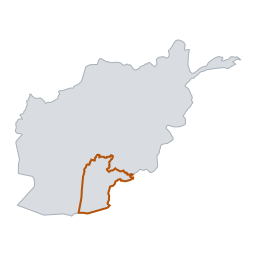 where Kandahar sits in Afghanistan
{"feature_id": "AFG-1754", "entity_name": "Kandahar", "entity_type": "Province", "adm_level": 1, "iso_a3": "AFG", "parent_name": "Afghanistan", "parent_adm1": "", "projection": "orthographic", "projection_center": [66.2, 31.058], "detail": "fine", "context": "in_parent", "style": "outline", "palette": "amber", "viewbox_px": 256, "rotation_deg": 0, "n_neighbors": 0, "source": "natural_earth", "source_scale": "10m", "svg_char_len": 7762}
<svg xmlns="http://www.w3.org/2000/svg" viewBox="0 0 256 256"><path d="M111.4,62.7L116.9,62.2L120.6,62.9L122.6,64.8L124.5,65.3L126.3,64.3L127.5,64.1L128.0,64.7L128.9,65.0L130.3,64.9L131.1,65.4L131.4,66.5L132.5,68.0L134.4,69.7L136.1,70.1L138.3,68.7L139.1,68.8L139.4,68.4L139.6,67.4L140.9,66.4L143.4,65.5L144.8,64.7L145.2,64.0L146.1,63.8L147.0,64.0L147.6,63.7L148.1,62.8L148.9,62.5L149.7,62.6L153.2,65.7L154.5,66.6L155.1,66.5L156.7,64.7L156.9,63.1L156.4,61.0L156.6,59.3L157.7,58.0L159.7,57.1L162.7,56.8L164.5,56.9L165.2,57.5L166.2,57.8L167.3,57.9L168.3,57.1L169.2,55.5L169.2,53.5L168.3,51.2L168.5,50.5L169.9,49.3L171.4,47.5L172.8,45.2L174.2,42.4L175.9,40.6L178.1,39.9L180.7,40.5L183.9,42.5L185.2,45.1L184.6,48.2L184.7,50.0L185.3,50.2L188.8,49.5L189.3,49.9L189.3,50.8L188.9,52.1L188.4,55.8L187.9,65.0L189.7,70.4L190.8,72.5L191.9,73.1L193.0,73.3L194.0,73.1L196.1,71.6L199.2,68.8L202.3,67.1L206.8,65.9L208.1,63.1L210.1,61.1L214.7,58.1L217.3,56.9L218.8,56.6L222.5,57.4L222.8,58.2L222.6,59.1L221.6,59.9L221.3,60.5L221.7,60.9L223.2,61.0L229.4,58.7L230.7,56.9L232.1,56.7L234.8,57.2L236.8,56.9L238.0,57.5L240.6,59.7L239.9,59.9L238.7,59.5L238.0,58.8L235.6,60.0L232.8,61.7L232.9,62.1L235.7,64.1L230.6,66.9L228.3,68.5L227.7,68.6L224.0,67.5L214.1,68.6L206.5,69.8L203.6,71.2L200.9,71.9L199.5,72.7L198.6,74.0L194.6,77.1L193.9,78.2L191.5,78.2L189.2,81.1L185.8,84.5L185.1,86.1L185.7,86.9L187.7,88.0L188.6,89.1L190.1,92.2L190.8,94.4L191.7,95.4L192.3,98.0L191.5,99.6L191.5,100.3L192.8,102.3L192.6,103.0L191.7,104.0L190.4,106.6L188.0,108.7L187.0,110.4L185.3,112.4L184.6,114.0L183.9,114.9L183.1,115.4L183.4,116.2L184.1,117.3L185.3,118.4L185.5,123.2L184.9,124.6L181.7,126.1L178.7,126.8L174.8,126.9L173.4,126.8L168.0,125.2L166.4,126.2L166.1,128.3L169.3,131.6L170.6,133.5L172.1,136.6L173.2,138.3L172.9,139.8L167.5,143.4L164.0,143.9L161.8,144.5L160.8,145.4L160.1,149.1L159.3,150.4L159.4,152.0L158.7,153.8L157.6,155.0L156.9,156.9L157.8,166.5L154.7,170.4L152.9,171.8L151.2,172.5L149.7,172.3L147.9,170.2L146.6,169.4L145.4,169.5L144.1,170.3L142.1,170.1L140.3,169.4L139.5,169.5L139.0,170.3L137.1,172.0L132.6,174.5L130.7,174.7L130.0,175.4L130.3,176.4L131.1,177.2L132.5,177.8L132.6,178.5L130.3,179.8L127.9,180.7L125.2,181.0L122.4,180.6L120.9,179.5L119.2,179.4L117.6,180.2L116.0,181.5L113.8,184.9L110.5,187.0L109.7,189.1L108.7,192.9L109.0,198.5L108.6,200.9L107.9,202.6L108.0,203.8L109.1,205.3L108.7,206.2L107.7,207.3L106.8,207.9L88.6,213.1L85.6,213.2L84.1,213.0L78.9,212.9L76.8,213.2L74.6,213.9L73.0,214.8L71.8,216.1L69.6,215.3L62.9,213.9L44.5,215.1L42.7,214.7L17.4,205.2L33.9,187.1L34.4,185.6L34.6,182.5L33.8,178.3L32.3,176.4L18.6,173.6L18.2,170.4L18.5,168.9L18.4,166.2L18.5,164.1L19.3,160.6L19.4,159.0L15.9,143.2L16.0,141.6L18.7,138.2L22.1,134.8L21.9,134.2L20.3,133.7L17.9,133.5L16.6,132.9L15.7,131.9L15.4,130.5L16.2,128.0L15.8,123.1L18.5,119.1L22.4,119.1L20.6,116.0L20.2,115.6L20.0,115.1L20.3,114.6L21.3,114.5L23.8,112.7L23.9,111.6L26.0,108.9L25.9,107.6L27.3,104.3L26.8,102.1L26.7,100.8L28.2,100.1L29.2,97.1L29.8,96.3L29.9,95.6L29.6,94.3L30.9,94.1L32.0,95.8L33.9,97.6L35.1,98.1L36.6,98.4L40.1,98.0L40.8,98.1L44.3,101.2L44.9,102.0L45.1,103.2L45.7,103.6L47.0,102.5L48.2,102.1L50.5,102.5L51.7,102.1L57.7,98.6L58.2,96.3L58.8,95.0L59.6,94.2L58.7,91.5L59.1,91.0L59.8,90.7L61.8,90.8L70.6,88.0L72.9,88.1L73.4,87.8L73.6,87.0L74.3,86.2L78.5,84.1L80.9,81.9L81.8,80.2L85.9,66.7L88.0,65.6L90.1,64.7L97.3,64.5L98.6,60.4L99.3,59.4L100.5,58.4L105.8,61.4L111.4,62.7Z" fill="#d9dde1" stroke="#a8b0b8" stroke-width="1"/><path d="M132.7,174.6L132.4,174.9L131.9,175.1L131.4,175.1L130.3,174.9L129.8,174.9L129.6,175.3L129.7,175.6L130.0,175.8L130.2,176.2L130.3,176.9L130.5,177.2L130.9,177.4L131.2,177.5L132.6,177.3L133.2,177.5L133.2,178.3L133.1,178.7L132.8,178.8L132.2,178.8L131.9,178.9L131.7,179.0L130.4,179.9L130.1,180.0L129.2,180.2L128.6,180.5L127.6,180.6L126.5,181.1L126.2,181.2L125.1,181.1L124.3,181.2L124.0,181.1L123.6,181.0L123.0,180.7L122.7,180.6L122.4,180.6L121.7,180.8L121.4,180.8L121.0,180.7L120.8,180.6L120.7,180.5L120.7,180.4L120.8,180.1L120.8,179.6L120.7,179.3L120.5,179.2L119.5,179.2L118.9,179.4L117.8,179.9L117.3,180.4L116.9,180.8L116.5,181.1L115.8,181.2L115.4,181.5L114.9,183.7L114.6,184.1L113.0,185.8L112.6,185.9L110.4,186.4L110.1,186.5L110.0,186.8L108.3,193.0L108.3,193.9L108.6,194.6L109.0,195.2L109.1,195.4L109.2,195.8L109.2,196.2L108.9,198.8L109.0,199.9L108.9,200.3L107.8,202.5L107.6,203.2L107.5,203.6L107.6,203.8L108.2,204.2L108.9,204.9L109.4,205.3L109.6,205.5L109.4,205.6L108.9,206.3L108.5,206.9L107.1,207.9L105.7,208.3L104.7,208.6L103.8,208.8L102.8,209.1L101.8,209.4L100.8,209.7L99.8,210.0L98.9,210.3L97.9,210.5L96.9,210.8L95.9,211.1L95.0,211.4L94.0,211.7L93.0,211.9L92.0,212.2L91.0,212.5L90.1,212.8L87.6,213.5L86.8,213.4L84.0,212.9L81.7,212.8L78.6,212.8L78.6,212.7L81.0,200.2L81.5,196.5L81.8,190.2L82.7,180.6L82.8,179.9L83.0,176.9L83.3,175.8L83.8,174.0L84.1,173.4L84.4,171.6L84.5,171.3L84.5,171.2L84.4,171.2L84.2,171.1L84.1,170.9L84.1,170.6L84.4,168.9L84.5,168.7L84.8,168.4L85.7,167.6L85.9,167.3L86.0,167.1L86.2,166.4L86.2,165.8L86.3,165.4L86.5,165.2L86.7,164.9L86.8,164.9L87.1,164.8L87.4,164.5L87.5,164.5L87.7,164.4L87.9,164.5L88.1,164.5L88.3,164.7L88.5,164.8L89.0,164.8L89.3,164.7L89.7,163.7L89.8,163.4L89.8,163.2L89.7,163.0L89.7,162.9L89.8,162.8L89.9,162.7L90.0,162.7L90.0,162.4L90.2,162.0L90.2,161.8L90.2,161.7L90.3,161.4L90.8,161.0L91.1,160.8L91.2,160.7L91.4,159.6L91.6,159.7L91.8,160.0L92.0,160.0L93.0,160.0L93.3,160.1L93.9,160.5L94.1,160.6L94.4,160.6L94.6,160.6L94.8,160.5L94.6,160.0L94.6,159.9L94.6,159.7L94.8,159.2L95.1,158.9L95.1,158.4L95.0,158.0L95.1,157.8L95.1,157.7L95.4,157.4L95.7,157.3L95.8,157.3L95.9,157.2L96.0,157.0L96.1,156.8L96.2,156.5L96.3,156.2L96.5,155.7L97.1,155.0L97.2,154.9L97.3,154.8L97.5,154.8L98.7,155.0L98.9,155.0L99.2,154.9L99.3,154.9L99.3,155.0L99.2,155.3L99.2,155.6L99.3,156.7L99.2,157.2L99.3,157.4L99.7,157.4L99.8,157.3L99.9,157.2L100.1,156.8L100.2,156.7L100.3,156.7L100.5,156.5L100.8,156.5L101.5,156.7L101.9,156.7L102.0,156.7L102.3,156.8L103.2,156.9L103.9,156.9L104.1,157.0L104.2,157.3L104.4,157.5L104.5,157.7L104.8,157.7L105.1,157.7L106.1,157.8L106.6,157.7L106.8,157.6L106.8,157.4L106.8,157.2L106.9,156.9L107.0,156.9L107.1,157.0L107.4,157.1L107.5,157.0L108.6,156.9L108.8,156.8L108.9,156.7L109.3,156.4L109.8,156.7L110.1,156.7L110.3,156.6L110.7,156.0L110.9,155.5L111.0,155.4L111.1,155.2L111.3,155.2L111.6,155.2L111.8,155.3L111.9,155.5L112.0,155.5L112.3,155.8L112.5,155.9L112.7,156.0L112.8,156.1L112.7,156.2L112.7,156.4L112.7,156.5L112.7,156.9L112.7,157.0L112.5,158.0L112.3,158.4L112.1,158.8L111.9,158.9L111.3,159.2L111.1,159.3L111.0,159.5L110.8,160.1L110.7,160.3L110.5,160.6L110.2,161.0L109.9,161.3L109.4,161.7L109.4,161.8L109.3,162.0L109.2,162.2L109.2,162.4L109.2,162.5L109.3,162.7L109.3,162.8L109.4,163.1L109.4,163.3L109.4,163.7L109.5,164.2L109.5,164.3L109.3,164.8L109.0,165.3L109.1,165.5L109.3,165.7L109.4,165.8L109.6,166.2L109.6,166.7L109.5,166.8L109.3,167.3L109.0,167.8L108.8,168.0L108.7,168.1L108.1,168.3L107.7,168.5L106.9,169.2L106.9,169.6L107.0,169.8L107.1,170.0L107.7,170.5L109.0,171.9L109.8,171.4L110.2,171.0L110.5,170.8L110.8,170.6L111.1,170.5L111.4,170.4L111.5,170.5L111.8,170.5L112.1,170.5L112.8,170.4L113.0,170.3L115.0,168.6L115.2,168.4L115.3,168.3L115.5,168.5L116.3,169.2L116.6,169.5L117.3,169.9L118.0,170.1L118.3,170.2L118.4,170.4L118.7,170.6L119.1,170.8L119.3,171.0L119.5,171.1L120.2,171.2L120.9,171.4L121.3,171.3L122.4,171.0L122.8,170.8L123.5,170.5L123.9,171.3L124.1,171.8L124.5,172.0L124.8,172.1L125.0,172.6L125.2,172.8L125.4,172.9L125.6,173.0L125.7,172.9L125.8,172.7L126.2,172.6L126.9,173.0L127.3,173.7L127.4,174.0L127.2,174.3L127.2,174.5L127.3,174.6L127.5,174.7L128.2,174.5L128.3,174.5L129.4,174.6L129.6,174.5L129.9,174.5L130.8,174.1L131.2,174.1L131.8,174.2L132.7,174.6L132.7,174.6Z" fill="none" stroke="#b45309" stroke-width="2"/></svg>